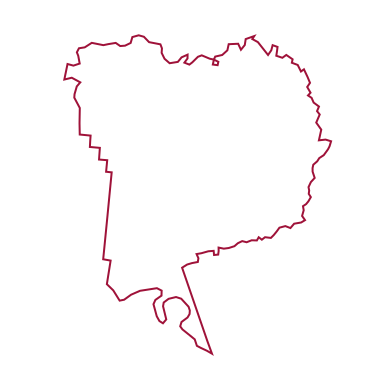 the district of Nova Palma, Rio Grande do Sul, Brazil, rotated 94°
{"feature_id": "56859067B37281220773300", "entity_name": "Nova Palma", "entity_type": "district", "adm_level": 2, "iso_a3": "BRA", "parent_name": "Brazil", "parent_adm1": "Rio Grande do Sul", "projection": "equal_earth", "projection_center": [-53.411, -29.433], "detail": "fine", "context": "isolated", "style": "outline", "palette": "rose", "viewbox_px": 384, "rotation_deg": 94, "n_neighbors": 0, "source": "geoboundaries", "source_scale": "gbopen_adm2", "svg_char_len": 2269}
<svg xmlns="http://www.w3.org/2000/svg" viewBox="0 0 384 384"><g transform="rotate(94 192 192)"><path d="M325.0,211.8L320.9,208.8L308.0,212.9L304.2,212.5L300.2,207.9L297.9,200.6L299.2,195.3L306.7,187.4L310.4,185.9L313.9,185.9L317.5,187.7L322.4,193.4L326.8,194.4L329.7,192.0L338.8,179.0L345.1,176.4L346.9,172.3L349.3,166.1L351.9,160.8L339.6,166.3L268.2,196.6L264.7,191.8L262.9,187.0L261.4,181.3L257.6,181.0L253.6,183.1L252.4,178.3L250.0,171.6L249.2,166.3L253.3,165.6L252.6,161.5L249.0,161.3L245.6,161.6L246.3,156.3L245.3,151.4L243.1,145.9L239.9,142.7L237.5,138.5L238.3,134.0L236.0,129.1L235.8,123.9L232.5,122.3L234.7,119.0L232.0,116.0L232.3,110.1L229.2,107.4L225.2,104.6L221.5,102.3L219.5,96.5L221.1,91.3L216.5,87.9L214.8,81.0L212.2,77.3L208.2,80.5L202.4,79.3L198.4,80.3L196.1,77.3L193.1,75.2L188.8,73.1L185.7,75.4L182.4,75.2L179.0,76.1L173.8,74.1L169.4,70.6L163.3,73.1L159.7,73.4L156.3,72.9L152.6,69.2L149.3,67.4L146.0,63.1L139.9,59.3L136.9,58.0L131.7,56.8L130.4,62.4L131.6,69.0L120.8,67.4L114.1,72.9L105.8,70.0L102.6,72.9L97.9,71.3L94.3,76.9L89.7,79.3L87.6,83.0L84.7,80.7L79.2,84.4L74.9,81.9L69.1,84.8L61.8,88.9L64.2,91.7L57.9,95.4L56.1,101.4L52.6,100.9L48.7,107.5L51.8,111.2L50.2,117.4L45.1,117.0L41.3,116.8L39.9,121.8L45.1,122.8L50.0,125.7L37.9,136.7L35.2,142.5L32.1,140.8L35.7,149.1L41.7,149.6L46.7,153.1L40.9,156.3L42.0,165.7L48.2,166.6L53.2,171.4L55.3,178.3L58.4,179.4L57.8,183.6L55.0,191.8L56.7,195.5L62.7,200.8L65.1,203.5L63.5,208.6L59.1,205.8L55.3,206.0L58.4,211.8L63.2,215.2L65.1,223.3L61.0,228.7L55.3,232.0L50.8,232.0L46.9,233.8L45.5,245.3L40.5,250.8L39.4,256.1L41.6,262.3L47.6,263.6L50.7,269.0L51.4,273.8L48.6,278.5L50.3,285.7L51.7,290.7L50.2,302.4L55.2,309.1L56.5,314.8L60.7,316.6L64.0,315.0L71.7,313.0L74.2,319.1L73.0,325.1L88.7,327.2L86.4,319.9L90.4,311.1L94.7,314.3L102.6,316.0L106.1,316.0L116.0,309.8L131.2,309.0L142.5,308.0L142.8,297.1L147.9,297.1L154.2,297.0L154.4,287.0L166.1,287.0L166.2,278.8L177.8,279.1L178.0,273.5L189.1,273.8L223.2,274.7L265.3,275.9L266.1,268.4L289.9,270.5L295.6,263.7L305.4,256.6L304.2,252.2L298.7,245.6L294.2,237.0L290.4,220.3L292.5,215.4L297.5,215.2L302.2,221.0L306.6,222.6L318.4,218.5L323.0,215.5L325.0,211.8ZM58.4,179.4L60.3,174.8L63.7,175.3L63.4,180.1L58.4,179.4Z" fill="none" stroke="#9f1239" stroke-width="2"/></g></svg>